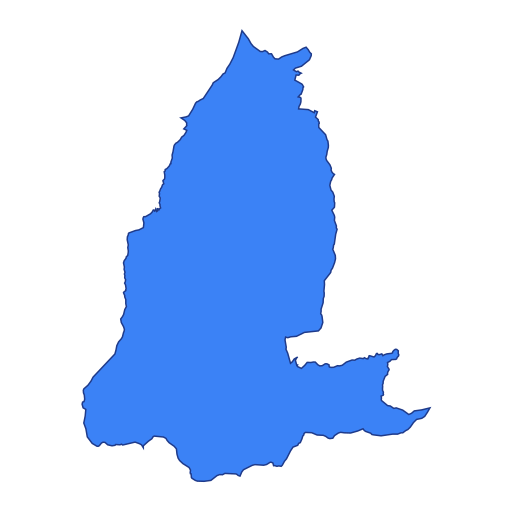 the district of Salasu De Sus, Hunedoara, Romania
{"feature_id": "2599482B95724564530816", "entity_name": "Salasu De Sus", "entity_type": "district", "adm_level": 2, "iso_a3": "ROU", "parent_name": "Romania", "parent_adm1": "Hunedoara", "projection": "orthographic", "projection_center": [22.966, 45.458], "detail": "fine", "context": "isolated", "style": "filled", "palette": "blue", "viewbox_px": 512, "rotation_deg": 0, "n_neighbors": 0, "source": "geoboundaries", "source_scale": "gbopen_adm2", "svg_char_len": 6056}
<svg xmlns="http://www.w3.org/2000/svg" viewBox="0 0 512 512"><path d="M184.8,120.5L186.7,122.9L186.6,125.4L186.8,125.7L183.8,128.9L186.8,130.3L186.0,132.3L184.0,135.4L181.7,137.1L180.2,139.7L177.4,142.4L176.0,143.1L174.6,144.7L174.0,146.0L173.0,151.8L172.1,155.0L172.3,158.1L170.9,162.1L170.9,163.6L170.4,163.6L169.2,166.1L166.9,168.6L165.2,169.5L165.2,170.9L164.2,171.7L164.8,175.1L164.8,177.5L164.5,179.1L163.0,180.5L162.9,181.0L163.4,181.7L163.4,182.7L163.8,183.8L162.5,184.8L161.6,187.4L160.6,188.8L159.7,191.3L159.1,192.2L159.5,193.6L159.2,196.2L160.1,197.7L160.2,198.4L159.7,201.6L159.2,202.8L160.0,204.5L160.0,205.8L160.6,208.0L159.5,208.8L159.0,209.8L158.2,209.4L158.0,208.7L157.4,208.7L157.7,210.7L156.7,211.5L155.7,209.1L155.2,210.7L154.6,211.1L153.9,210.0L153.3,210.0L152.2,212.0L150.5,213.8L145.6,216.6L143.8,216.7L143.2,217.8L142.9,219.1L143.9,222.9L143.4,227.6L138.9,229.9L135.6,230.5L129.0,232.9L128.5,233.4L128.2,235.1L127.4,236.8L127.2,239.7L128.3,244.9L127.8,247.6L128.3,250.9L128.2,252.6L127.7,255.5L126.3,256.8L126.0,258.3L124.2,260.7L123.5,262.9L124.4,267.0L124.1,269.3L125.0,272.3L124.4,274.0L124.9,275.6L124.7,277.8L125.6,279.6L125.3,281.8L124.6,283.1L125.5,284.8L126.1,288.6L125.7,289.9L125.8,290.6L124.1,291.8L123.5,292.7L124.8,295.8L124.7,296.8L125.8,299.6L125.8,303.7L126.4,306.6L124.8,309.5L123.6,314.5L122.3,316.9L120.7,319.0L121.3,322.5L123.6,326.8L124.4,329.3L124.1,331.3L123.6,332.3L122.4,337.0L121.3,338.8L118.6,341.9L116.8,345.7L116.0,350.0L114.9,354.0L93.1,377.1L91.0,381.1L88.0,385.2L83.9,388.8L83.3,390.3L83.5,392.9L84.3,395.0L84.7,399.2L84.0,401.6L82.6,402.1L82.1,404.2L83.1,407.8L85.8,409.4L85.2,416.0L83.8,423.0L85.9,428.8L87.3,436.9L92.2,443.4L96.9,446.2L98.1,446.3L99.3,445.7L101.4,443.1L103.0,442.2L105.0,442.4L107.7,444.8L112.0,445.8L115.0,445.3L115.7,444.5L119.9,444.8L121.6,444.2L122.7,445.0L135.1,442.1L139.5,443.7L141.5,444.8L143.3,447.7L143.3,445.8L148.4,441.2L151.8,438.8L153.2,436.6L154.3,436.1L163.4,437.0L166.0,438.4L167.1,440.4L169.1,442.7L174.1,446.2L176.4,448.8L177.0,454.2L178.1,458.1L179.6,460.5L182.9,463.6L189.1,467.5L190.5,470.1L190.2,472.7L190.4,473.7L191.1,473.9L191.4,477.5L192.0,478.3L195.3,480.4L197.4,481.1L204.0,481.3L210.9,480.4L217.0,475.6L219.6,474.6L222.5,474.7L224.9,473.4L235.7,473.9L236.8,474.3L238.1,475.4L240.0,476.1L241.8,471.9L243.5,469.7L252.3,465.3L254.9,464.6L263.7,465.2L266.6,464.5L270.3,462.2L271.4,462.3L272.9,463.0L273.6,465.7L274.6,465.6L276.9,466.3L278.8,465.9L281.2,466.3L282.3,465.2L284.5,461.2L286.5,458.8L290.5,450.9L293.0,447.1L297.7,445.3L298.6,443.4L300.3,442.6L302.0,438.7L302.7,436.2L303.8,434.9L304.0,433.5L305.4,432.4L311.7,432.7L317.1,435.0L323.3,435.3L325.8,436.4L328.1,438.1L329.8,438.6L332.8,438.2L334.5,435.6L338.4,433.0L340.7,432.3L344.2,432.8L350.6,433.0L357.7,431.0L363.0,428.8L364.3,430.5L365.6,431.4L370.7,433.2L371.9,434.5L373.9,434.9L381.1,435.8L392.7,434.1L397.7,434.1L401.0,432.8L402.8,432.8L405.7,430.6L407.9,429.5L410.3,427.1L413.5,422.5L416.6,419.4L421.8,418.3L424.7,416.4L427.4,412.3L429.9,407.9L421.6,409.9L414.3,410.9L411.5,413.3L408.8,414.5L402.7,410.1L396.2,407.9L393.8,408.4L390.3,406.0L387.6,405.6L381.5,400.5L381.2,399.0L381.5,398.2L381.1,396.1L383.1,395.3L383.5,394.5L383.2,393.6L383.4,392.2L382.5,390.2L382.6,388.7L382.4,388.0L382.7,387.1L382.5,384.8L383.1,383.4L383.2,381.2L385.1,376.4L387.6,374.4L387.5,373.3L387.9,371.7L389.1,369.8L389.0,369.1L387.4,366.6L387.8,364.4L387.5,362.5L389.9,361.3L391.5,359.6L395.7,359.4L396.6,358.9L397.2,357.4L398.5,356.0L398.8,354.8L398.2,353.4L398.3,350.8L396.7,349.4L395.3,349.3L393.7,350.5L392.7,351.8L392.5,352.8L391.6,353.3L386.8,353.9L384.2,354.8L382.9,355.7L381.8,353.9L379.1,354.7L377.8,354.4L377.4,353.5L376.9,353.4L376.3,353.8L375.5,355.6L374.0,357.0L369.6,355.7L369.0,355.9L368.7,357.3L368.2,357.7L368.1,358.7L367.6,358.9L366.0,358.6L364.4,357.7L363.3,358.6L359.7,358.1L356.6,359.1L354.8,360.2L352.1,360.0L346.3,362.1L342.2,365.3L339.4,365.9L337.5,365.7L333.7,367.3L331.1,367.4L329.4,367.0L329.2,366.7L329.0,364.8L326.9,363.8L325.2,363.8L322.2,365.7L319.8,365.9L317.9,364.8L315.3,362.1L313.5,362.0L310.9,362.5L307.2,362.4L304.7,365.4L301.4,368.4L297.6,366.6L296.9,365.6L297.5,365.0L296.6,364.7L295.4,360.3L296.6,358.0L297.7,357.0L294.2,359.0L292.3,361.8L290.5,363.3L287.7,353.2L285.9,349.1L286.2,348.1L286.2,346.9L285.0,339.9L285.6,337.1L287.8,337.7L290.7,336.8L296.5,336.3L304.4,332.4L318.4,330.9L321.0,328.0L322.8,322.5L322.1,316.7L321.7,315.1L320.7,313.7L321.1,311.4L321.1,309.1L323.1,302.8L323.3,298.5L324.1,296.3L324.2,293.0L323.9,291.1L324.5,284.6L324.3,280.7L330.3,273.0L330.8,272.1L331.0,270.4L332.5,268.1L334.6,262.6L335.5,258.8L335.3,255.4L332.7,249.1L333.2,248.1L333.6,245.0L334.3,244.1L335.7,234.2L337.1,229.2L336.3,227.9L336.4,225.9L334.4,220.5L334.7,217.2L334.3,215.4L331.8,210.2L334.4,207.3L334.5,206.4L334.7,202.8L334.2,201.7L334.0,199.0L334.3,196.3L332.8,192.2L331.0,190.0L329.8,185.3L330.7,181.3L331.6,179.8L332.1,178.0L334.5,174.4L333.2,173.6L331.9,172.0L331.1,170.1L331.3,168.2L329.9,164.8L326.6,160.4L326.0,158.7L325.9,157.1L326.7,154.7L327.2,151.3L328.3,147.5L328.4,145.3L327.9,141.1L327.0,139.7L325.6,134.7L318.8,127.5L318.7,124.0L319.2,123.6L319.1,122.1L318.3,121.1L318.2,119.6L315.5,117.1L317.4,111.8L314.7,110.7L314.2,112.7L308.3,109.6L298.6,108.9L299.0,106.5L300.3,104.1L300.9,101.8L301.0,98.5L300.6,97.5L298.2,96.9L300.5,94.3L301.1,94.2L302.8,89.7L303.0,87.6L303.6,86.9L302.4,84.7L301.8,84.0L294.8,80.1L296.1,75.0L298.8,75.2L300.0,73.8L301.2,73.2L298.8,72.0L298.0,71.1L296.4,71.7L293.5,69.9L295.4,68.1L301.5,66.2L309.4,59.8L311.2,55.7L311.3,53.8L309.8,52.4L308.3,49.8L306.1,47.2L303.0,48.4L297.5,51.9L284.8,55.7L281.8,56.9L278.5,59.1L275.0,58.8L273.4,57.1L271.5,53.8L268.7,53.8L267.5,52.1L265.0,50.5L262.5,51.6L260.3,51.5L253.4,46.5L251.0,43.6L248.4,38.9L242.0,30.7L238.8,42.2L233.2,57.6L229.8,64.2L227.0,68.3L225.1,72.9L223.0,74.0L221.1,76.6L218.2,79.5L213.3,82.7L212.2,85.1L203.3,98.5L200.2,100.0L198.0,101.5L197.0,101.7L195.6,103.1L192.7,109.3L188.6,115.9L186.0,116.9L181.0,117.9L184.8,120.5Z" fill="#3b82f6" stroke="#1e3a8a" stroke-width="1.5"/></svg>